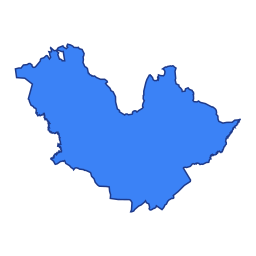 Ayensuano, Eastern, Ghana
{"feature_id": "2480657B11085167902059", "entity_name": "Ayensuano", "entity_type": "district", "adm_level": 2, "iso_a3": "GHA", "parent_name": "Ghana", "parent_adm1": "Eastern", "projection": "natural_earth1", "projection_center": [-0.482, 5.946], "detail": "fine", "context": "isolated", "style": "filled", "palette": "blue", "viewbox_px": 256, "rotation_deg": 0, "n_neighbors": 0, "source": "geoboundaries", "source_scale": "gbopen_adm2", "svg_char_len": 5742}
<svg xmlns="http://www.w3.org/2000/svg" viewBox="0 0 256 256"><path d="M15.4,68.9L16.6,77.6L24.8,78.2L32.4,84.1L28.3,99.0L29.2,100.0L29.4,101.3L31.0,105.2L33.2,106.4L34.1,107.8L35.7,108.3L36.0,108.7L36.3,110.6L35.9,112.9L37.2,112.9L36.8,114.1L37.9,115.8L39.3,114.7L39.8,115.6L40.5,115.7L41.4,114.9L41.9,115.1L43.2,114.5L43.4,113.5L44.2,113.4L44.3,114.1L43.9,114.5L44.7,115.2L44.6,116.0L44.3,116.1L44.7,116.8L44.2,117.6L45.3,118.4L44.8,118.9L45.1,119.7L46.2,119.3L46.1,119.6L47.1,119.9L47.4,120.9L48.0,121.0L48.0,121.8L48.3,121.7L48.6,122.6L49.0,122.5L48.8,123.1L49.4,123.0L49.8,123.5L48.6,123.8L49.0,124.1L48.5,124.4L48.5,125.2L49.1,125.8L48.2,127.1L49.2,127.4L49.4,127.8L49.0,127.8L48.2,128.8L48.3,129.9L48.9,129.9L49.6,131.7L50.1,131.5L50.8,132.3L51.0,131.8L51.5,132.2L51.3,132.7L52.5,133.1L53.4,132.8L54.8,133.5L55.5,133.3L55.7,132.7L56.3,132.7L56.6,132.2L57.3,132.2L57.1,132.9L57.4,133.2L57.8,133.0L57.6,133.7L57.9,133.3L58.0,134.1L58.7,133.9L58.6,134.7L59.2,135.2L59.2,137.3L59.8,137.5L59.4,138.0L59.5,138.8L59.8,139.0L59.5,139.7L60.3,141.3L60.6,144.0L60.0,143.8L59.8,144.1L60.1,144.3L58.8,144.5L58.1,143.9L57.8,145.8L58.2,145.6L58.1,146.2L59.4,146.2L59.2,146.6L59.6,147.3L60.0,147.2L59.8,147.6L60.3,147.8L60.5,147.3L61.0,148.1L60.8,149.2L61.0,149.9L61.5,150.2L61.4,151.8L60.0,151.9L59.8,151.5L59.6,152.0L59.1,151.6L59.2,152.2L58.4,152.1L58.5,152.7L57.5,152.9L57.2,153.5L57.0,153.0L57.0,154.0L56.6,154.5L56.4,153.5L55.9,154.3L55.2,153.9L54.6,154.9L53.9,155.4L54.1,156.8L53.4,156.9L53.6,157.7L53.1,157.6L52.8,158.3L51.9,157.9L51.5,158.5L51.1,158.3L50.8,158.9L53.6,161.2L53.6,161.7L54.3,162.3L54.7,163.7L55.4,164.3L57.2,163.8L60.7,161.4L61.8,161.4L63.0,160.9L63.4,161.3L64.6,160.6L65.8,163.4L69.5,165.6L71.2,167.6L73.1,168.7L73.6,169.8L75.1,168.0L76.5,167.8L78.5,168.4L79.4,169.1L83.8,169.6L84.3,170.3L85.9,170.4L90.1,172.3L90.7,172.9L91.6,176.3L94.0,178.7L95.3,182.4L97.6,185.0L99.3,186.2L106.5,186.5L109.2,186.9L109.6,191.2L110.6,194.8L110.3,198.4L118.1,199.5L129.2,199.6L130.5,200.1L132.0,202.5L131.5,209.8L130.7,211.8L131.6,211.8L133.7,211.0L134.7,209.5L138.6,206.1L141.2,204.9L144.3,202.3L145.5,200.8L146.4,202.7L148.8,203.9L149.6,207.2L149.1,208.8L149.9,209.8L150.8,210.0L152.4,209.3L153.4,208.5L154.6,208.3L156.0,207.2L156.4,205.8L162.0,209.6L163.7,207.6L165.1,204.8L166.4,204.1L167.6,201.5L168.9,200.0L171.9,198.3L172.8,198.5L173.6,198.1L173.8,197.3L173.3,195.5L178.1,191.6L184.3,185.4L190.3,181.5L190.5,180.0L183.4,168.2L183.6,167.6L185.2,167.2L186.6,167.5L190.2,166.4L191.5,165.1L191.9,164.3L193.1,163.6L194.5,164.2L195.4,163.5L196.2,164.0L197.0,163.0L199.0,163.5L199.9,164.5L201.8,164.1L202.8,164.3L206.4,162.5L208.7,162.3L209.5,159.6L209.8,159.1L210.9,158.9L210.6,157.8L210.1,157.3L210.8,156.7L210.6,155.6L211.2,155.0L211.5,155.6L211.9,155.1L211.9,155.6L212.9,155.5L212.5,154.8L212.7,154.6L214.8,154.9L216.4,154.3L216.3,153.2L217.3,153.2L217.1,152.6L217.5,152.7L217.8,151.5L218.9,151.8L219.3,151.2L220.9,152.5L221.6,151.7L222.1,151.8L222.8,150.4L222.5,150.0L223.3,149.2L224.0,146.9L224.5,146.7L225.5,144.9L226.3,144.1L226.2,142.2L225.6,141.8L226.1,138.6L226.5,138.8L227.2,138.1L227.3,137.5L226.9,136.9L227.4,136.3L227.8,136.7L227.6,135.7L228.1,136.5L229.0,136.0L229.1,135.0L229.6,134.9L229.6,134.4L230.4,133.8L230.2,133.0L230.8,133.0L230.9,132.4L231.4,132.6L231.8,132.0L231.3,131.8L231.3,131.3L232.1,131.2L233.0,128.5L233.3,128.8L233.6,127.7L234.2,127.3L234.9,127.5L234.5,126.8L235.4,126.3L235.5,126.5L235.4,125.7L236.0,125.7L236.8,125.1L237.1,124.1L237.5,123.9L237.0,123.1L237.5,123.4L237.9,123.0L237.9,122.1L238.7,122.1L238.5,121.4L239.2,121.2L239.7,119.8L240.6,119.1L238.4,119.9L234.7,120.2L232.2,122.3L226.6,122.4L222.9,123.1L218.9,121.4L218.0,119.2L217.9,116.1L216.2,114.2L216.6,112.8L216.3,110.7L215.7,109.4L214.6,108.3L212.7,106.9L212.1,107.1L205.4,103.6L200.4,102.4L198.5,101.0L197.0,101.9L194.1,101.7L192.9,100.4L193.6,99.0L193.5,95.8L193.2,94.5L193.7,94.1L193.4,92.1L192.6,91.7L192.1,90.4L189.4,89.4L188.1,87.8L185.5,88.9L185.0,91.2L182.2,91.5L181.9,89.6L180.4,87.8L179.3,86.9L178.9,86.0L178.9,85.1L176.1,83.8L175.2,80.0L175.7,78.4L175.0,71.2L176.0,68.1L174.3,67.0L173.4,66.0L172.6,65.8L171.5,66.2L170.7,65.9L167.5,66.5L166.4,67.2L165.4,67.0L162.6,68.9L163.5,69.2L164.6,70.6L165.0,71.9L164.5,74.5L163.5,75.8L160.6,75.6L158.5,74.9L158.5,75.9L157.6,77.2L157.8,78.0L158.5,77.6L158.7,78.1L158.2,80.1L157.6,79.7L156.6,80.6L154.4,80.6L153.2,79.7L152.4,77.2L151.4,76.6L151.2,75.8L150.4,75.5L150.2,74.9L149.3,75.1L146.9,79.5L145.8,82.7L143.8,91.1L143.8,95.0L143.3,95.4L143.2,98.8L144.0,100.5L144.3,100.7L143.0,103.5L142.6,105.1L142.6,106.5L143.2,107.2L142.3,108.4L138.6,110.6L137.3,111.8L136.9,112.0L136.2,111.1L135.3,110.8L134.2,110.9L133.2,111.4L132.5,112.3L132.5,113.7L132.1,114.2L128.4,114.8L127.2,114.0L126.2,114.0L125.5,114.2L124.7,115.0L119.4,111.8L119.6,110.9L119.1,110.1L117.4,109.0L115.6,102.0L115.5,96.7L113.1,91.8L110.7,90.5L110.7,89.7L109.8,88.0L106.7,85.0L105.6,83.4L107.4,82.0L107.0,81.0L104.7,79.3L100.5,79.3L96.4,77.5L94.6,76.0L93.2,76.3L92.8,75.9L92.0,76.1L91.7,75.5L89.4,74.4L89.1,73.4L88.3,73.1L87.4,68.5L86.3,67.4L84.8,66.6L83.0,62.5L83.4,59.6L83.1,56.8L83.7,55.8L84.1,53.6L82.1,49.5L79.3,48.7L78.3,47.3L77.5,47.6L73.9,47.4L72.7,46.1L70.4,44.9L67.6,44.2L66.8,46.2L67.7,47.3L66.2,48.7L63.3,46.9L62.9,45.9L58.3,47.7L57.1,49.4L56.9,50.2L58.1,50.2L61.9,51.6L63.2,51.4L64.7,60.8L62.2,60.8L62.0,60.1L60.5,59.1L59.5,59.2L57.8,54.5L58.6,52.9L56.0,50.4L54.1,50.7L50.7,47.6L50.5,48.0L51.3,49.6L51.5,51.6L50.8,52.0L48.9,51.7L49.7,53.5L49.9,55.2L50.7,57.2L49.4,59.0L47.4,55.8L46.3,55.6L43.8,57.8L41.1,58.6L40.5,59.4L40.2,61.2L35.5,66.8L34.6,67.3L33.6,67.4L32.7,67.0L32.0,65.9L32.0,65.0L30.1,63.5L28.7,63.6L27.2,64.6L23.4,65.0L21.0,68.1L18.9,68.0L15.4,68.9Z" fill="#3b82f6" stroke="#1e3a8a" stroke-width="1.5"/></svg>